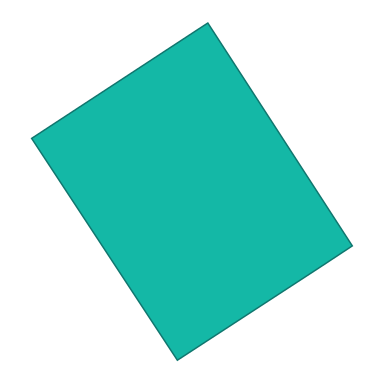 outline of Wichita, Kansas, United States of America, rotated 147°
{"feature_id": "52423323B71882336368987", "entity_name": "Wichita", "entity_type": "district", "adm_level": 2, "iso_a3": "USA", "parent_name": "United States of America", "parent_adm1": "Kansas", "projection": "mercator", "projection_center": [-101.426, 38.482], "detail": "fine", "context": "isolated", "style": "filled", "palette": "teal", "viewbox_px": 384, "rotation_deg": 147, "n_neighbors": 0, "source": "geoboundaries", "source_scale": "gbopen_adm2", "svg_char_len": 247}
<svg xmlns="http://www.w3.org/2000/svg" viewBox="0 0 384 384"><g transform="rotate(147 192 192)"><path d="M86.9,59.5L86.7,325.1L98.7,325.1L297.3,324.3L295.9,58.9L126.3,59.2L86.9,59.5Z" fill="#14b8a6" stroke="#0f766e" stroke-width="1.5"/></g></svg>